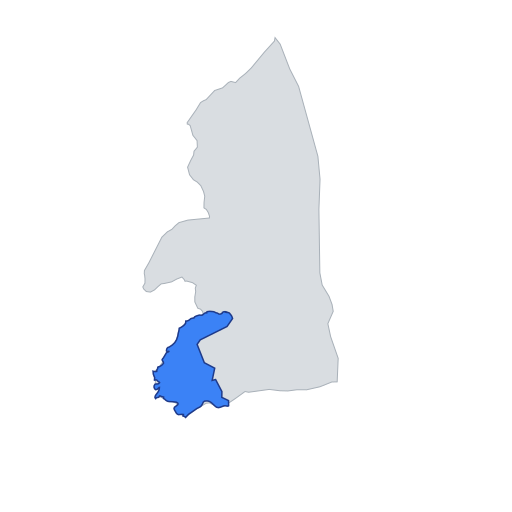 Liberia, with Lofa highlighted, rotated 223°
{"feature_id": "LBR-787", "entity_name": "Lofa", "entity_type": "County", "adm_level": 1, "iso_a3": "LBR", "parent_name": "Liberia", "parent_adm1": "", "projection": "natural_earth1", "projection_center": [-9.763, 7.877], "detail": "fine", "context": "in_parent", "style": "filled", "palette": "blue", "viewbox_px": 512, "rotation_deg": 223, "n_neighbors": 0, "source": "natural_earth", "source_scale": "10m", "svg_char_len": 4083}
<svg xmlns="http://www.w3.org/2000/svg" viewBox="0 0 512 512"><g transform="rotate(223 256 256)"><path d="M110.8,219.3L114.6,215.6L120.1,203.9L127.8,192.6L135.0,185.9L140.7,179.0L146.7,173.7L155.3,167.5L168.5,151.3L171.6,149.4L173.8,138.2L177.1,123.8L180.9,119.4L189.9,116.8L192.0,114.3L195.2,104.2L197.2,92.5L197.4,89.9L200.9,89.6L207.0,87.1L210.5,88.2L212.0,91.6L212.8,94.4L231.1,87.1L232.7,85.6L233.7,85.9L236.0,92.5L237.3,92.1L238.4,90.2L239.7,90.0L241.1,90.9L242.5,93.9L244.9,96.7L248.8,98.6L251.4,101.3L251.1,108.4L252.0,115.2L253.8,116.8L254.7,120.9L255.2,125.4L256.1,127.8L256.8,132.3L256.4,137.2L257.1,140.6L260.1,146.5L261.9,154.0L261.9,159.2L260.8,164.8L258.9,169.8L255.5,175.4L255.2,177.6L257.2,179.0L260.3,179.3L262.9,178.1L269.4,180.7L272.8,184.3L275.8,188.8L278.5,191.1L279.7,193.9L284.3,193.2L289.6,190.4L290.7,189.1L292.3,189.8L295.8,190.1L298.2,185.2L300.1,179.5L304.3,173.4L306.3,171.0L306.8,167.1L307.1,162.0L308.6,157.6L312.0,155.2L315.7,155.3L317.7,156.2L318.7,160.4L321.7,163.7L324.2,165.9L325.6,166.8L327.7,169.3L329.7,177.9L337.7,205.6L337.3,213.2L335.7,218.2L335.7,223.1L335.1,227.9L330.3,235.8L316.0,252.0L317.1,253.4L320.5,255.2L324.0,256.2L326.9,255.7L330.5,259.7L334.3,264.8L338.4,267.4L344.3,269.8L349.4,270.0L353.8,269.1L360.0,270.1L366.6,274.3L368.9,281.3L370.5,287.3L372.8,290.4L373.1,295.6L377.8,300.2L384.4,301.2L393.1,306.5L395.3,306.3L396.2,305.6L397.3,306.6L399.5,322.2L401.2,330.4L400.3,333.7L399.1,336.4L399.1,348.9L395.1,356.2L394.5,364.1L393.4,366.6L389.2,368.9L389.2,375.0L388.1,382.3L387.7,390.1L388.9,410.6L389.1,425.8L391.0,428.7L382.8,427.4L358.9,415.8L340.5,409.1L278.7,371.1L261.5,355.8L241.8,333.0L197.8,287.2L187.8,279.9L175.1,276.3L167.3,272.4L161.8,268.2L157.3,255.5L146.4,247.9L126.1,237.2L110.8,219.3Z" fill="#d9dde1" stroke="#a8b0b8" stroke-width="1"/><path d="M173.9,127.8L174.1,127.1L174.8,126.5L176.6,125.3L177.3,124.5L179.0,121.0L180.0,119.5L181.7,118.5L183.1,118.3L188.8,118.3L190.2,118.0L191.6,117.5L193.0,116.6L194.7,114.7L194.9,113.1L194.3,111.5L193.8,109.2L194.0,107.4L195.2,104.2L197.4,94.2L197.4,89.9L198.2,90.0L199.0,89.8L200.4,89.2L201.0,90.6L202.1,89.8L204.5,87.1L205.7,86.7L206.9,86.7L210.9,87.9L212.0,88.6L212.5,89.8L211.8,93.6L212.1,94.7L213.0,95.1L214.5,94.8L217.3,92.8L220.1,90.4L221.3,89.6L222.4,89.2L223.6,89.0L225.0,89.0L225.3,89.0L226.3,88.7L226.7,88.8L227.0,89.2L227.3,89.8L228.0,89.5L229.2,88.8L231.0,88.2L231.1,87.6L230.9,87.0L230.8,86.4L231.3,85.6L231.8,85.0L232.2,84.3L232.1,83.3L233.3,83.5L234.1,84.6L234.5,86.0L234.9,89.8L235.3,91.3L236.0,92.7L237.0,94.0L237.2,93.7L237.3,92.6L237.4,90.9L238.3,89.7L239.7,89.8L241.1,90.5L242.0,91.6L242.4,93.3L241.8,94.3L240.9,95.1L240.2,96.1L240.1,97.6L240.8,97.8L241.8,97.5L243.0,97.5L243.6,97.6L244.2,97.5L244.7,97.2L245.1,96.6L245.6,96.0L246.1,96.5L247.1,97.9L250.6,99.6L251.8,100.7L252.3,101.3L252.7,101.5L251.8,102.1L251.5,102.3L251.1,102.6L250.6,103.0L249.9,103.9L250.5,104.6L250.9,105.5L251.1,106.4L251.5,107.2L251.9,107.5L252.0,107.9L251.9,108.3L251.5,108.6L250.9,109.9L250.4,112.3L250.5,114.5L251.5,115.3L253.3,115.7L254.0,116.2L254.2,117.2L254.2,118.1L255.5,124.0L255.3,124.9L254.6,126.4L254.5,127.3L255.3,126.1L256.1,125.4L256.8,125.5L257.6,126.7L258.0,127.5L258.1,128.4L258.0,129.2L257.5,130.0L257.4,130.2L256.5,133.8L256.3,137.2L257.0,140.6L258.6,144.1L260.4,146.8L261.1,148.2L262.0,149.6L262.9,150.8L262.1,152.9L261.4,155.9L261.5,158.6L263.0,160.6L262.2,161.3L261.6,162.4L261.2,163.6L260.9,165.8L260.4,166.7L259.1,168.4L259.4,169.5L258.8,171.3L257.2,174.1L255.7,175.3L255.0,176.1L254.8,177.1L254.7,178.3L254.5,179.2L254.1,180.1L253.3,180.8L253.6,181.1L253.7,181.3L253.7,181.6L253.8,181.9L252.1,184.0L249.4,186.1L248.3,186.7L246.7,187.1L245.3,187.9L243.4,188.3L242.6,189.0L242.1,189.9L241.7,190.9L242.1,191.8L241.6,193.1L240.7,194.2L239.7,194.8L239.7,194.3L239.1,194.6L237.9,195.6L237.3,195.9L236.7,196.1L236.2,196.1L233.6,195.7L232.6,195.4L230.5,194.3L229.1,184.7L239.6,156.7L238.8,151.2L221.0,142.7L209.7,145.8L203.2,135.1L201.3,138.1L188.5,133.6L184.6,129.3L177.5,131.5L173.9,127.8Z" fill="#3b82f6" stroke="#1e3a8a" stroke-width="1.5"/></g></svg>